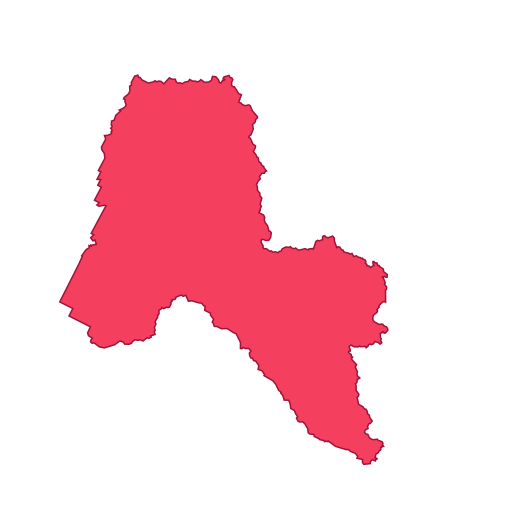 Southern Downs, Queensland, Australia, rotated 289°
{"feature_id": "25037944B10938266492584", "entity_name": "Southern Downs", "entity_type": "district", "adm_level": 2, "iso_a3": "AUS", "parent_name": "Australia", "parent_adm1": "Queensland", "projection": "mercator", "projection_center": [152.017, -28.502], "detail": "fine", "context": "isolated", "style": "filled", "palette": "rose", "viewbox_px": 512, "rotation_deg": 289, "n_neighbors": 0, "source": "geoboundaries", "source_scale": "gbopen_adm2", "svg_char_len": 6096}
<svg xmlns="http://www.w3.org/2000/svg" viewBox="0 0 512 512"><g transform="rotate(289 256 256)"><path d="M416.5,175.2L416.3,173.5L417.9,171.7L415.0,167.5L413.3,167.1L412.7,169.0L411.4,168.4L411.5,167.3L408.3,166.6L408.2,164.8L410.2,163.4L412.4,159.7L411.7,156.4L407.5,156.6L405.1,154.6L403.5,150.9L404.8,146.4L403.0,145.6L401.7,144.0L401.5,141.1L400.7,139.6L401.3,135.8L399.1,135.2L397.2,132.0L395.0,130.3L395.0,127.7L394.0,125.7L394.7,123.8L396.9,122.2L395.8,119.0L396.3,116.1L388.8,112.8L390.2,109.5L389.8,107.1L388.3,105.3L388.9,103.6L386.8,101.7L384.5,97.8L385.4,90.7L387.0,88.4L386.8,86.9L388.5,85.4L386.6,82.7L379.4,81.6L376.7,82.6L375.5,81.2L371.1,83.0L367.9,82.7L362.9,79.7L361.4,79.6L361.5,81.2L359.3,81.8L356.7,84.0L354.7,83.8L352.6,82.4L349.5,79.2L349.2,80.9L343.4,77.6L338.3,77.7L336.6,75.5L332.7,76.5L332.2,77.5L330.7,77.8L329.5,77.0L328.4,78.7L327.2,79.2L326.7,78.5L324.6,79.5L321.9,76.7L320.6,73.5L317.7,75.8L308.5,74.4L306.0,75.9L303.8,79.0L299.3,81.3L285.4,79.1L285.0,81.9L276.7,80.7L277.7,84.2L271.4,83.3L270.7,87.3L256.1,85.1L255.3,90.5L252.4,88.9L251.9,91.1L254.6,96.2L254.7,97.8L223.7,92.8L223.3,95.7L219.4,93.7L217.2,97.0L218.7,98.5L215.1,101.2L213.0,97.4L211.9,97.1L212.3,96.3L211.5,96.4L211.5,94.7L209.4,95.5L206.8,93.3L199.4,91.1L199.3,91.9L191.3,91.2L148.7,85.4L146.7,99.9L138.4,98.7L135.1,122.5L128.5,121.8L126.1,123.5L125.0,128.1L122.9,127.3L121.0,127.5L120.1,129.5L121.2,131.2L119.1,137.4L119.7,142.5L126.2,151.4L130.9,154.6L131.6,156.2L131.2,158.8L129.9,160.4L131.3,164.9L133.2,166.8L135.0,167.1L137.3,168.8L137.9,172.0L139.0,173.7L138.9,176.9L143.3,179.6L143.2,181.5L145.2,183.3L146.1,182.3L149.0,186.2L151.2,184.4L152.7,184.9L155.5,183.2L158.9,183.6L161.3,181.9L165.9,183.0L168.1,182.3L168.6,183.0L170.2,183.0L173.2,181.9L175.3,183.8L176.8,184.0L176.2,185.9L178.4,188.1L178.6,189.8L179.6,190.9L183.2,191.3L184.4,190.5L186.1,191.4L187.0,190.6L188.4,193.3L189.5,193.9L190.6,193.5L193.6,196.6L194.9,198.6L194.1,200.2L196.0,202.4L191.2,206.9L192.8,210.0L193.0,216.8L193.7,219.8L191.9,223.0L191.9,224.2L187.9,225.2L187.1,231.6L185.2,232.3L182.4,236.5L179.1,236.2L178.6,237.4L175.9,239.5L176.6,242.2L176.0,247.0L178.0,252.5L176.2,259.8L176.1,262.5L169.3,269.4L163.4,271.4L163.8,272.8L165.2,273.6L165.1,276.3L166.2,279.0L164.6,282.2L162.2,281.3L159.6,282.5L157.9,284.4L158.1,286.1L156.3,287.7L156.6,289.8L153.9,293.6L152.9,294.4L149.4,294.9L149.5,299.0L146.7,302.7L145.5,302.5L143.6,312.4L141.1,316.5L136.4,321.1L135.3,324.1L134.5,324.0L132.8,326.8L128.9,329.5L130.3,333.8L127.2,336.5L123.2,338.5L122.4,342.6L119.4,345.2L118.0,347.5L115.7,347.1L113.4,349.8L113.3,351.4L114.4,354.1L113.2,356.9L109.5,361.2L106.0,362.8L105.2,364.8L106.0,368.2L105.6,369.3L104.3,369.9L103.8,375.0L103.1,375.8L103.6,380.0L102.8,381.3L103.5,381.9L103.9,384.4L104.6,384.5L101.9,393.2L102.3,404.3L103.1,406.5L102.0,408.8L101.8,414.0L99.8,417.3L97.6,417.3L98.3,423.0L95.5,423.8L94.1,425.7L96.9,431.7L98.9,431.1L101.2,432.4L101.1,435.6L102.4,435.5L103.6,436.6L104.1,435.9L103.9,434.3L107.8,433.9L109.8,435.7L111.7,435.9L113.5,437.1L115.4,436.3L116.2,437.3L117.2,436.9L117.6,438.5L119.1,436.8L120.1,437.1L121.4,435.8L121.6,431.2L122.3,430.3L120.5,426.8L120.4,424.6L121.3,422.1L123.8,419.8L123.5,418.2L124.5,416.1L127.0,415.9L129.4,418.1L131.4,416.9L134.2,417.4L135.1,418.7L137.8,419.6L140.3,416.2L142.4,415.0L143.1,412.9L145.4,411.7L147.0,409.9L146.6,408.4L148.2,406.3L149.2,401.3L155.3,397.6L156.8,398.5L158.8,398.3L161.5,394.4L165.8,393.0L167.5,391.7L169.5,392.6L172.1,391.8L174.2,393.9L174.7,393.6L175.3,391.3L177.3,389.7L179.4,389.7L183.5,385.9L185.9,386.6L189.2,380.5L189.9,379.8L191.9,380.3L191.9,379.0L193.7,378.3L194.9,374.9L196.2,374.7L196.8,376.1L197.8,375.9L200.6,373.3L202.7,374.8L202.1,378.4L203.5,382.6L204.7,383.2L204.3,384.5L206.1,389.0L205.1,390.0L207.5,391.4L208.7,391.2L210.0,392.5L209.6,393.8L210.9,395.4L213.9,396.4L214.0,399.6L213.1,402.1L214.9,403.2L216.6,401.5L218.4,401.4L219.6,400.1L223.4,398.7L224.4,400.2L225.6,400.4L225.7,401.5L224.8,402.1L225.2,403.4L228.8,404.8L230.2,404.1L231.5,402.4L231.7,399.7L232.8,397.9L231.4,394.4L232.3,389.4L233.2,387.8L235.6,386.5L238.4,386.3L241.8,388.7L243.7,388.8L244.6,387.8L247.8,389.1L248.6,388.4L249.9,388.8L253.7,390.6L254.7,392.1L254.5,393.6L265.8,389.6L267.1,390.2L269.3,389.5L271.0,386.8L272.7,387.0L276.7,383.6L277.1,382.4L278.6,384.0L278.1,385.2L278.6,386.8L281.2,386.2L282.8,381.7L285.1,380.7L286.2,376.5L287.1,375.6L286.7,374.3L288.8,372.5L288.3,370.6L289.2,369.3L288.8,368.4L286.6,369.2L285.6,370.5L282.4,367.9L283.3,366.4L283.0,363.9L284.2,363.5L284.7,361.7L286.1,361.9L287.7,360.8L287.9,358.2L288.6,357.4L288.0,356.6L288.5,355.1L288.2,352.9L288.9,350.8L287.3,348.7L289.7,345.9L288.3,344.3L288.9,342.8L288.4,337.8L289.8,336.6L289.8,334.7L291.7,332.4L291.3,330.3L290.2,329.6L295.8,325.2L298.4,324.2L299.8,322.0L296.9,318.5L296.5,316.3L297.5,314.5L297.0,313.2L295.8,312.7L293.1,313.6L290.8,310.6L290.9,309.1L289.3,307.9L281.2,308.0L281.5,307.0L279.9,303.7L278.8,303.4L278.9,300.0L275.6,294.9L275.4,293.7L276.5,290.9L275.6,290.1L275.0,287.9L276.0,285.3L274.9,284.4L274.2,281.2L271.4,278.5L268.8,278.1L267.9,276.5L266.1,275.6L266.4,273.2L265.2,271.0L265.8,268.6L264.9,267.6L266.3,263.5L265.5,260.9L266.3,259.9L268.0,259.4L270.6,256.3L273.3,255.8L274.1,257.9L273.8,260.2L275.0,263.0L278.3,263.8L282.9,262.9L283.9,261.6L283.7,260.3L288.3,257.1L291.1,253.2L293.8,251.7L295.1,251.8L297.2,249.9L298.0,244.6L300.8,245.2L302.0,244.6L304.8,244.9L305.4,243.8L307.3,242.9L312.6,242.7L314.5,239.9L316.6,239.3L318.5,236.1L322.0,234.7L323.6,233.2L327.8,233.7L330.4,235.0L332.1,233.4L336.2,234.7L337.0,237.0L338.9,237.3L339.8,238.3L342.2,234.5L343.0,234.4L343.7,232.0L345.7,230.0L346.0,228.2L349.7,225.9L349.8,224.8L352.0,222.7L353.8,219.5L358.1,220.1L360.0,219.7L360.9,216.4L365.4,212.5L365.9,210.5L366.9,210.4L369.0,211.8L375.1,212.1L379.3,209.9L381.8,211.5L385.5,211.4L386.9,212.4L388.2,212.0L392.0,205.4L396.3,201.5L396.5,199.9L394.6,196.8L394.7,193.6L395.6,192.5L395.9,189.6L403.8,189.7L403.9,186.7L409.0,180.5L408.5,179.5L409.2,177.5L412.3,176.4L415.2,176.7L416.5,175.2Z" fill="#f43f5e" stroke="#9f1239" stroke-width="1.5"/></g></svg>